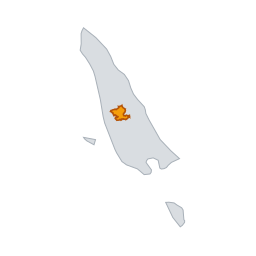 location of Laclubar, Manatuto, East Timor, rotated 260°
{"feature_id": "22284137B50587397066696", "entity_name": "Laclubar", "entity_type": "district", "adm_level": 2, "iso_a3": "TLS", "parent_name": "East Timor", "parent_adm1": "Manatuto", "projection": "albers", "projection_center": [125.895, -8.747], "detail": "fine", "context": "in_parent", "style": "filled", "palette": "amber", "viewbox_px": 256, "rotation_deg": 260, "n_neighbors": 0, "source": "geoboundaries", "source_scale": "gbopen_adm2", "svg_char_len": 4569}
<svg xmlns="http://www.w3.org/2000/svg" viewBox="0 0 256 256"><g transform="rotate(260 128 128)"><path d="M88.9,173.4L86.6,164.8L84.3,161.1L82.4,159.0L81.7,156.4L81.8,153.7L83.0,152.4L91.0,152.1L94.2,147.6L94.1,142.3L92.5,140.5L90.9,139.8L82.7,143.8L80.3,143.1L78.9,141.6L79.3,135.8L86.1,130.2L91.9,120.2L96.0,116.2L105.4,112.5L109.3,111.4L136.9,105.9L143.5,105.5L161.0,105.7L184.4,104.5L190.2,103.8L197.7,101.4L205.0,98.4L208.8,96.1L212.9,94.4L218.9,96.5L229.1,98.2L231.8,99.6L234.4,101.6L222.5,112.1L209.4,120.7L201.4,123.4L193.1,125.1L186.8,128.5L181.4,133.7L174.6,136.7L166.9,137.7L160.4,139.3L154.4,142.4L146.1,147.7L142.8,148.2L139.2,148.1L132.4,150.1L111.0,157.7L98.2,166.2L88.9,173.4ZM21.6,162.3L32.1,156.6L48.2,152.2L47.8,155.4L46.2,160.4L43.7,162.8L40.1,167.0L37.7,168.0L28.0,167.1L26.8,167.7L25.2,167.3L22.7,164.6L21.6,162.3ZM126.5,82.6L122.2,94.0L117.4,91.6L122.5,85.2L124.9,83.3L126.5,82.6Z" fill="#d9dde1" stroke="#a8b0b8" stroke-width="1"/><path d="M149.1,121.3L149.1,121.2L148.9,121.0L148.9,120.9L148.9,120.7L148.7,120.5L148.6,120.4L148.5,120.0L148.5,119.9L148.2,119.8L148.2,119.6L148.4,119.5L148.5,119.3L148.4,119.3L148.3,119.2L148.6,118.9L148.7,118.7L148.8,118.7L148.9,118.4L148.7,117.9L148.5,117.7L148.5,117.4L148.6,117.1L148.5,115.9L148.3,115.6L148.2,115.4L148.2,115.2L148.2,114.9L148.3,114.7L148.2,114.2L147.6,113.8L147.6,114.0L147.3,114.2L147.1,114.2L147.0,114.3L147.0,114.2L146.9,114.2L146.8,114.3L146.7,114.3L146.7,114.5L146.6,114.8L146.2,115.0L146.2,114.9L145.8,115.0L145.7,115.2L145.6,115.3L145.4,115.4L145.4,115.8L145.0,115.8L144.9,115.7L144.7,115.7L144.3,115.9L144.2,115.9L144.0,116.0L143.9,115.9L143.6,115.9L143.5,116.0L143.4,116.2L143.2,116.2L143.3,116.3L143.2,116.4L143.3,116.4L143.3,116.5L143.4,116.8L143.2,117.0L143.0,117.3L143.0,117.6L142.9,117.6L142.9,117.8L143.0,118.0L142.9,118.1L142.7,118.0L142.4,118.3L142.2,118.3L142.1,118.5L141.8,118.6L141.7,118.8L141.8,119.0L141.6,119.1L141.4,119.3L141.3,119.5L141.2,119.6L141.0,119.8L141.0,120.1L140.9,120.2L140.7,120.1L140.6,119.9L140.3,119.7L140.2,119.6L140.2,119.4L140.3,119.4L140.3,119.2L140.5,119.1L140.4,118.8L140.3,118.7L140.3,118.4L140.5,118.2L140.4,118.1L140.5,118.1L140.6,117.8L140.6,117.7L140.4,117.6L140.2,117.6L140.0,117.3L139.9,117.1L139.7,117.2L139.4,117.1L139.1,117.3L139.0,117.5L138.8,117.6L137.9,118.1L137.7,118.2L137.5,118.3L137.5,118.9L137.5,119.2L137.4,119.6L137.4,120.0L137.4,120.3L137.3,120.5L137.5,121.1L137.6,121.4L137.7,121.5L137.8,121.6L137.6,121.7L137.5,121.8L137.4,121.8L137.2,122.0L137.1,122.3L136.9,122.4L137.0,122.6L137.1,122.9L137.1,123.1L137.3,123.2L137.5,123.2L137.7,122.9L137.8,122.9L137.9,123.0L138.0,123.2L138.0,123.5L137.7,123.9L137.7,124.1L137.6,124.5L137.5,124.8L137.9,124.9L137.8,125.2L137.8,125.3L137.7,125.4L137.6,125.5L137.2,126.2L137.2,126.3L137.2,126.6L136.9,126.8L136.8,127.0L136.6,127.1L136.6,127.3L136.8,127.5L136.9,127.8L137.0,127.9L137.2,128.0L137.0,128.3L137.1,128.5L137.3,128.8L137.5,129.1L137.7,129.4L137.7,129.5L137.8,129.6L138.0,129.7L138.1,129.8L138.2,130.1L138.3,130.1L138.5,130.2L138.5,130.4L138.6,130.6L138.5,130.8L138.5,131.0L138.5,131.3L138.4,131.4L138.5,131.4L138.5,131.5L138.8,131.6L139.1,131.6L139.1,131.4L139.3,131.4L139.5,131.5L140.3,131.6L140.3,131.4L140.1,131.0L140.0,130.9L139.9,130.8L140.0,130.7L139.9,130.3L140.0,130.3L140.0,130.2L139.9,130.1L139.8,129.9L140.0,129.9L140.2,129.7L140.3,129.6L140.5,129.4L140.8,129.0L140.9,128.9L140.8,128.7L140.8,128.3L140.8,128.1L140.7,127.9L140.2,127.7L140.3,127.5L140.3,127.4L140.8,127.0L140.8,126.8L140.7,126.7L140.8,126.6L140.9,126.4L140.9,126.2L140.9,125.9L141.0,125.9L141.2,126.0L141.3,125.9L141.6,125.8L142.0,125.7L142.3,125.8L142.5,126.0L142.8,126.1L143.0,126.1L143.0,126.3L143.0,126.5L143.3,126.6L143.5,126.7L143.6,126.8L143.6,127.0L143.9,127.3L144.0,127.3L144.0,127.2L144.1,127.3L144.1,127.5L144.4,127.6L144.4,127.8L144.5,127.8L144.6,128.0L144.9,128.1L145.2,128.3L145.6,128.4L145.7,128.5L145.8,128.5L146.0,128.4L146.0,128.5L146.3,128.5L146.4,128.4L146.6,128.4L146.9,128.5L147.1,128.4L147.2,128.5L147.4,128.1L147.6,128.0L147.7,127.9L147.8,127.9L148.0,127.7L148.2,127.4L148.3,127.2L148.5,126.9L149.5,126.3L149.6,126.2L149.8,126.1L150.1,126.2L150.3,126.2L150.6,126.0L150.8,126.0L150.9,125.9L151.1,125.9L150.9,125.7L151.0,125.6L150.8,125.5L150.9,125.3L150.9,125.2L150.9,124.8L150.9,124.6L151.0,124.2L150.7,123.8L150.6,123.7L150.6,123.4L150.7,123.2L150.7,122.9L150.8,122.8L150.8,122.7L150.9,122.4L150.6,122.5L150.4,122.6L150.2,122.7L149.9,122.7L149.7,122.6L149.6,122.4L149.5,122.2L149.4,121.9L149.1,121.6L149.1,121.3Z" fill="#f59e0b" stroke="#b45309" stroke-width="1.5"/></g></svg>